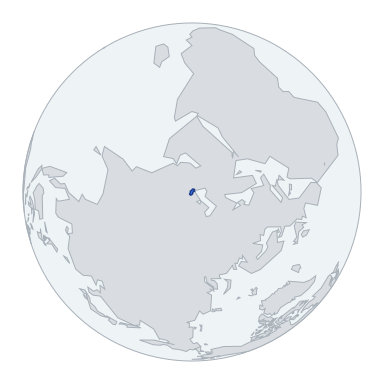 Golestan highlighted on a globe, orthographic projection, rotated 158°
{"feature_id": "IRN-3213", "entity_name": "Golestan", "entity_type": "Province", "adm_level": 1, "iso_a3": "IRN", "parent_name": "Iran", "parent_adm1": "", "projection": "orthographic", "projection_center": [55.004, 37.298], "detail": "fine", "context": "on_globe", "style": "filled", "palette": "blue", "viewbox_px": 384, "rotation_deg": 158, "n_neighbors": 0, "source": "natural_earth", "source_scale": "10m", "svg_char_len": 11232}
<svg xmlns="http://www.w3.org/2000/svg" viewBox="0 0 384 384"><g transform="rotate(158 192 192)"><circle cx="192" cy="192" r="169" fill="#eef3f6" stroke="#a8b0b8"/><path d="M198.9,23.2L206.1,24.5L223.0,28.4L231.0,29.7L227.1,29.8L244.1,32.8L254.9,36.9L241.0,32.4L238.3,32.1L244.8,34.7L243.5,35.0L245.9,36.6L243.6,36.9L235.7,34.7L234.1,35.0L238.8,36.9L239.6,38.7L232.9,35.9L233.5,38.9L220.3,36.8L204.1,30.5L195.1,31.2L174.0,30.1L174.2,31.1L166.3,32.0L163.7,33.7L160.5,33.4L161.1,35.0L164.5,35.0L165.9,35.8L164.7,36.9L160.4,36.6L160.4,36.0L158.5,36.5L156.9,36.0L157.0,36.9L152.0,36.7L155.1,38.6L149.5,39.9L146.7,39.3L149.5,37.1L150.0,31.8L148.0,31.3L142.4,32.4L126.5,38.7L123.3,39.4L117.0,42.0L117.6,42.4L122.7,40.6L122.3,42.4L128.5,40.5L129.3,41.1L134.7,40.5L131.1,43.1L124.7,46.2L120.0,47.1L117.1,48.7L119.3,50.2L108.4,54.5L97.5,62.6L95.0,63.7L94.1,61.0L99.7,54.6L98.6,52.7L96.5,56.7L90.3,60.1L88.1,62.0L86.8,63.7L88.0,63.6L85.3,65.6L86.3,61.9L88.8,60.0L88.5,61.1L91.1,58.3L91.7,56.6L88.5,58.8L92.1,55.8L102.5,48.7L113.5,42.4L124.9,36.9L136.7,32.3L148.8,28.7L161.1,25.9L173.6,24.0L186.2,23.1L198.9,23.2ZM204.3,23.5L204.8,23.5L206.3,23.7L203.6,23.5L203.2,23.4L204.3,23.5ZM237.0,30.8L233.3,29.7L237.4,30.8L237.0,30.8ZM246.6,36.8L248.1,37.1L248.7,37.8L246.6,36.8ZM136.3,39.1L135.5,39.8L134.9,39.5L136.3,39.1ZM139.4,38.3L139.3,37.6L140.7,37.1L140.8,37.6L139.4,38.3ZM245.8,39.1L246.4,40.4L244.4,38.7L245.8,39.1ZM139.2,39.4L143.3,36.4L145.9,35.6L148.2,36.8L139.2,39.4ZM245.8,40.9L247.1,44.6L250.5,45.4L241.7,45.5L243.4,42.1L240.6,39.7L243.8,41.0L245.8,40.9ZM166.1,34.5L162.5,34.6L166.7,33.6L166.1,34.5ZM168.5,33.7L179.5,30.2L184.3,31.0L179.6,31.8L186.8,32.3L183.7,34.3L179.1,34.5L176.6,33.6L177.4,35.1L168.5,33.7ZM236.6,45.2L235.7,45.9L235.1,44.7L236.6,45.2ZM166.8,36.0L168.6,35.1L172.9,35.7L170.1,37.6L169.6,36.8L166.8,36.0ZM190.2,31.5L192.9,32.4L191.1,34.2L191.9,34.9L184.1,34.4L190.2,31.5ZM168.0,37.2L168.6,38.6L165.4,39.4L165.4,37.0L168.0,37.2ZM175.2,35.0L177.1,35.4L175.1,35.8L175.2,35.0ZM154.5,43.7L156.5,42.3L158.9,42.4L154.5,43.7ZM169.0,39.1L170.1,38.8L171.3,38.7L171.0,39.8L169.0,39.1ZM183.4,35.9L182.1,36.5L186.5,36.1L185.4,37.7L180.4,37.2L182.1,38.1L181.7,38.6L178.0,37.7L183.4,35.9ZM174.2,40.9L167.4,41.2L163.1,43.5L160.8,43.4L168.2,39.7L174.2,40.9ZM176.8,39.0L174.7,40.1L172.9,39.3L173.3,38.1L176.8,39.0ZM186.5,39.1L189.5,36.7L190.5,37.0L186.5,39.1ZM173.3,41.7L175.0,41.7L173.2,42.0L173.3,41.7ZM182.8,40.0L183.7,39.1L184.9,39.3L182.8,40.0ZM177.5,42.4L175.3,42.4L175.5,41.5L177.5,42.4ZM180.2,41.4L181.5,42.0L176.9,41.2L180.5,40.9L180.2,41.4ZM183.7,40.4L184.7,40.2L183.2,40.7L183.7,40.4ZM178.2,46.0L172.2,45.2L172.6,43.1L178.3,44.2L178.2,46.0ZM37.9,216.1L36.0,187.4L40.0,181.7L42.9,171.3L72.2,153.8L75.9,160.0L96.2,167.5L98.3,170.3L93.3,177.8L106.4,195.9L113.7,190.9L128.2,202.0L139.5,204.7L148.2,189.5L129.7,184.7L129.1,175.8L146.0,172.8L162.6,177.4L162.9,174.2L154.6,165.0L160.6,160.1L152.0,161.4L153.8,165.2L148.5,166.3L146.4,162.9L148.7,161.2L144.3,158.5L134.9,168.0L135.8,173.0L123.0,171.1L123.2,179.4L118.9,181.7L116.9,168.7L118.8,164.8L113.3,149.0L110.1,152.8L115.2,168.2L112.6,166.1L108.4,172.1L109.6,165.9L104.9,148.8L94.9,146.3L78.2,156.3L73.1,154.1L70.6,147.4L80.6,132.6L90.8,139.3L94.5,134.8L95.8,125.3L98.8,128.3L100.6,125.4L104.7,127.7L113.9,123.8L118.7,125.5L125.5,117.4L128.9,117.4L123.9,122.1L122.9,126.5L135.1,131.3L138.4,130.2L141.9,124.8L144.8,127.1L146.6,121.2L155.1,121.6L146.2,116.4L150.0,110.6L156.9,107.5L156.5,104.9L145.3,109.9L142.2,112.8L142.2,116.7L132.5,124.7L127.7,124.6L131.7,113.2L125.2,112.1L131.2,104.3L157.9,94.5L167.4,94.2L176.4,106.0L172.3,109.1L167.1,106.3L169.0,114.3L170.3,111.0L172.7,113.1L176.9,108.6L178.9,109.9L179.6,103.5L182.5,104.7L181.9,108.7L190.6,103.6L197.4,104.9L198.4,103.2L197.6,100.9L206.7,104.4L207.1,103.0L204.3,101.3L203.1,97.5L204.7,92.3L207.8,93.8L207.6,95.8L211.9,102.7L211.0,108.4L212.4,108.5L213.9,104.0L208.7,95.5L208.8,92.0L211.9,95.6L210.8,94.0L211.8,92.8L215.6,93.0L212.5,89.0L219.3,74.9L227.5,74.5L229.5,78.9L237.5,72.0L246.0,73.1L243.4,71.3L245.4,67.5L242.8,67.0L241.7,66.0L245.7,56.9L249.1,56.3L247.8,51.3L246.5,50.5L243.9,50.6L241.7,45.5L250.5,45.4L253.2,47.0L256.9,46.2L262.4,50.4L268.6,53.8L272.4,59.4L277.0,61.9L278.0,61.4L285.0,64.8L296.1,74.4L282.9,69.0L265.4,57.0L272.2,61.8L269.4,61.6L271.1,64.0L276.0,67.6L277.3,67.5L278.8,79.3L288.1,92.4L290.5,88.3L295.3,89.7L307.9,103.2L315.9,129.7L322.4,133.5L325.0,137.7L324.2,142.9L320.4,136.8L316.7,137.0L314.7,133.0L312.2,139.9L309.2,134.6L308.7,143.0L312.5,146.0L315.8,141.6L316.7,151.7L324.2,155.6L328.7,164.1L328.1,185.9L322.1,196.6L322.5,199.7L318.2,198.8L315.4,207.4L325.5,218.9L326.2,223.5L320.3,236.8L319.6,233.6L308.4,231.1L308.3,242.8L316.9,247.3L319.9,255.8L314.2,256.1L310.9,248.7L306.9,247.6L306.5,237.8L300.5,225.5L294.6,231.1L293.7,225.2L284.5,216.0L275.2,223.6L261.5,244.2L261.9,259.2L256.1,267.0L243.6,248.3L239.7,233.9L234.1,236.3L222.1,224.9L198.4,225.8L195.9,221.8L191.2,223.7L182.9,219.5L179.5,212.7L174.1,212.9L183.4,230.7L189.3,230.5L195.6,223.9L197.0,230.1L205.1,235.4L192.8,250.0L159.1,260.5L157.4,249.0L140.1,213.5L141.5,209.9L141.5,209.5L141.4,208.7L138.2,214.3L135.7,207.1L143.2,231.9L143.8,241.6L158.6,261.1L156.8,262.6L162.0,266.7L180.8,263.9L180.5,267.6L170.7,283.4L146.1,301.1L150.4,314.5L150.2,324.3L137.1,327.9L140.4,335.0L133.9,335.6L135.0,339.0L131.0,341.0L123.6,341.2L108.6,335.4L105.9,332.3L95.7,323.2L80.9,301.9L82.8,295.2L80.7,287.5L70.1,265.4L72.3,256.8L69.9,251.0L64.6,248.9L62.1,241.8L59.1,239.6L41.9,228.2L37.9,216.1ZM59.3,166.9L57.9,169.8L59.3,166.9ZM178.5,190.7L189.5,192.3L187.3,181.4L191.4,181.2L189.2,177.8L187.1,180.6L182.2,171.2L187.9,168.6L188.0,163.9L184.3,163.2L174.6,169.7L181.6,183.0L177.9,187.1L178.5,190.7ZM90.2,60.3L90.0,60.6L88.3,62.6L88.2,62.1L90.2,60.3ZM86.0,69.5L81.8,72.5L84.7,69.8L83.8,69.5L88.9,63.9L94.0,64.0L90.8,64.8L86.0,69.5ZM97.1,57.0L93.3,60.2L97.2,56.7L97.1,57.0ZM106.3,108.7L106.6,111.6L103.4,114.2L97.4,113.1L102.0,109.2L106.3,108.7ZM107.8,115.2L113.5,104.9L117.4,105.5L114.2,106.8L116.3,108.2L111.7,110.9L110.0,122.1L107.0,125.2L97.5,120.8L102.3,120.4L101.7,117.4L107.8,115.2ZM120.9,80.9L123.4,77.4L128.8,83.1L125.8,85.8L119.6,84.6L119.5,80.8L120.9,80.9ZM142.5,42.5L143.1,41.5L144.3,41.5L144.8,42.3L142.5,42.5ZM155.3,43.0L141.1,47.1L141.0,46.1L132.8,50.2L129.5,49.3L135.0,46.5L126.3,49.1L129.9,46.3L124.0,48.5L136.5,42.5L139.4,40.3L137.4,43.0L140.3,43.9L142.5,43.6L150.7,41.5L158.5,37.7L162.6,38.3L163.5,39.8L162.2,40.8L159.9,40.0L160.0,41.9L155.7,41.5L155.3,43.0ZM171.3,61.8L169.1,59.6L168.4,65.1L164.2,64.1L164.3,64.8L160.2,65.4L155.5,67.6L154.0,66.7L152.8,68.0L150.1,68.6L148.0,70.1L144.4,69.1L141.6,70.9L141.5,69.4L137.5,72.9L138.9,69.9L135.5,70.7L136.0,73.2L122.1,66.2L115.2,66.2L108.7,68.0L111.9,63.2L120.1,58.6L130.1,55.2L136.2,56.1L136.6,54.0L139.6,53.9L138.1,55.6L142.3,53.0L144.4,53.4L153.3,51.6L158.1,47.9L161.4,47.4L160.6,49.1L164.5,47.4L165.3,50.3L167.7,50.0L170.8,52.8L167.8,56.6L170.8,56.0L173.3,58.4L171.3,61.8ZM178.9,46.9L176.3,51.1L172.7,52.8L168.7,47.2L166.4,47.1L163.7,44.0L169.0,41.8L169.3,42.9L170.8,43.4L168.6,43.8L171.5,43.9L172.0,45.4L174.4,45.9L172.9,47.1L178.9,46.9ZM102.3,168.5L104.2,169.8L107.6,170.9L105.0,174.9L102.3,168.5ZM98.9,156.8L100.9,157.2L98.8,162.9L96.9,161.7L98.9,156.8ZM103.7,152.7L101.2,156.7L101.3,153.8L103.7,152.7ZM125.9,122.2L128.2,122.4L127.8,123.8L125.7,125.4L125.9,122.2ZM168.3,79.6L167.7,77.7L168.8,77.2L170.7,72.9L174.0,73.6L174.2,76.4L168.3,79.6ZM144.1,191.6L139.8,193.9L138.6,192.0L140.3,191.5L144.1,191.6ZM120.7,184.6L125.2,188.4L120.0,185.6L120.7,184.6ZM172.3,79.6L172.7,77.6L174.1,79.2L172.3,79.6ZM176.5,73.9L178.5,75.3L174.6,73.1L176.5,73.9ZM218.9,358.5L220.8,358.4L217.9,358.8L218.9,358.5ZM179.1,325.8L170.9,340.6L162.9,339.9L160.1,335.4L162.3,326.2L171.2,324.1L175.3,319.7L179.1,325.8ZM341.7,258.6L343.8,256.7L343.6,257.3L341.7,258.6ZM339.7,259.2L342.3,256.5L339.0,261.0L339.7,259.2ZM343.2,255.5L345.8,251.3L347.0,249.1L346.6,250.5L343.2,255.5ZM337.8,261.1L326.2,270.8L321.2,272.9L322.7,269.8L330.8,264.4L337.8,261.1ZM322.3,270.1L314.2,269.1L300.8,256.9L305.6,254.9L319.2,259.1L318.4,261.6L323.3,263.4L322.3,270.1ZM340.5,244.2L339.6,250.7L333.5,255.7L330.6,257.2L328.6,251.3L329.7,246.5L332.3,244.6L340.3,223.3L343.4,223.7L341.4,231.9L343.8,234.8L340.5,244.2ZM262.7,260.4L267.3,267.8L263.9,270.1L262.7,260.4ZM342.2,210.4L339.8,219.7L341.5,208.7L342.2,210.4ZM342.3,201.0L343.2,203.9L341.3,202.3L342.3,201.0ZM323.6,204.1L321.0,206.9L320.3,204.7L323.2,199.9L323.6,204.1ZM332.1,171.5L334.5,178.1L334.9,180.7L332.5,177.8L332.1,171.5ZM201.2,85.2L194.8,90.2L192.4,94.9L194.5,98.9L188.8,95.7L192.5,88.5L201.2,85.2ZM216.8,75.9L214.9,72.8L217.5,73.0L218.3,73.7L216.8,75.9ZM214.4,74.8L208.7,73.4L208.8,70.9L213.3,72.5L214.4,74.8ZM190.3,75.9L188.2,77.2L187.1,75.9L190.3,75.9ZM315.6,307.2L316.8,305.9L321.1,299.4L322.1,298.5L325.4,292.5L337.2,276.7L346.6,257.9L349.4,253.0L353.8,239.9L355.3,235.3L351.9,246.6L347.7,257.7L342.7,268.4L337.0,278.8L330.5,288.7L323.4,298.2L315.6,307.2ZM346.7,252.9L350.0,244.8L351.3,242.4L346.7,252.9ZM358.0,223.6L357.8,224.7L358.6,220.3L358.9,217.2L356.8,222.9L356.4,221.6L357.6,217.3L355.6,219.8L357.8,213.4L358.3,216.8L359.4,209.5L360.4,205.2L360.6,203.7L358.0,223.6ZM357.0,225.6L357.3,224.7L356.8,227.2L357.0,225.6ZM352.4,230.9L352.2,232.7L351.5,232.8L352.4,230.9ZM353.5,228.3L355.4,226.0L353.2,230.0L353.5,228.3ZM345.4,234.4L346.2,237.0L349.0,231.2L346.9,237.3L348.3,240.9L347.5,244.0L346.2,239.8L344.9,247.3L343.7,248.7L343.4,243.8L344.9,235.2L346.2,230.8L351.0,223.3L345.4,234.4ZM353.6,223.9L353.0,220.6L353.4,216.9L354.1,218.1L353.6,223.9ZM350.4,213.1L347.9,210.7L346.2,215.0L348.9,203.0L351.0,207.4L350.4,213.1ZM347.2,204.2L345.7,208.1L346.8,201.7L347.2,204.2ZM345.0,207.0L344.1,203.6L345.6,202.4L345.0,207.0ZM348.1,203.2L347.2,196.6L348.6,199.3L348.1,203.2ZM341.6,196.3L346.1,198.5L341.4,200.8L338.0,189.3L339.8,187.0L341.6,196.3ZM331.1,137.3L328.9,134.5L329.5,131.8L330.9,134.5L331.1,137.3ZM329.7,121.6L329.0,130.2L328.1,137.7L329.8,137.8L332.3,144.4L328.0,141.2L326.5,132.0L327.7,127.4L325.0,122.3L324.1,116.7L319.8,111.5L318.5,108.0L322.8,111.4L329.7,121.6ZM317.9,109.6L310.2,99.8L312.7,97.6L315.0,99.2L317.5,104.5L316.0,105.3L317.9,109.6ZM309.0,96.9L307.5,97.8L292.8,87.8L290.4,85.2L302.9,91.0L302.1,92.2L305.3,95.3L309.0,96.9ZM237.5,46.4L235.9,45.9L237.4,45.8L237.5,46.4ZM240.2,65.8L238.9,64.4L240.8,64.0L240.2,65.8ZM236.5,60.2L235.2,61.6L235.3,59.5L236.5,60.2ZM232.7,64.9L234.1,61.8L234.6,65.7L232.7,64.9Z" fill="#d9dde1" stroke="#a8b0b8" stroke-width="1"/><path d="M193.6,189.6L193.8,189.6L194.0,189.7L194.3,189.7L194.6,189.7L194.7,189.9L194.7,190.0L194.7,190.3L194.7,190.5L194.8,190.7L195.0,190.8L195.0,191.0L194.9,191.2L194.6,191.3L194.4,191.4L194.1,191.8L193.9,191.9L193.5,192.6L193.3,193.0L193.3,193.3L193.2,193.5L192.2,193.5L191.6,193.8L191.2,194.1L190.7,194.4L190.4,194.4L189.9,194.4L189.8,194.2L189.6,194.0L189.0,193.7L188.9,193.4L189.3,193.4L189.3,193.5L189.7,193.4L189.7,193.0L189.7,192.9L189.6,192.7L189.5,192.3L189.5,192.1L189.4,191.9L190.1,191.9L190.3,191.8L190.5,191.8L190.9,191.6L191.0,191.6L191.3,191.5L191.4,191.4L191.5,191.4L191.5,191.2L191.5,190.9L191.6,190.7L192.0,190.4L192.1,190.2L192.3,190.1L192.5,190.0L192.6,189.9L192.8,189.9L193.0,189.7L193.6,189.6Z" fill="#3b82f6" stroke="#1e3a8a" stroke-width="1.5"/></g></svg>